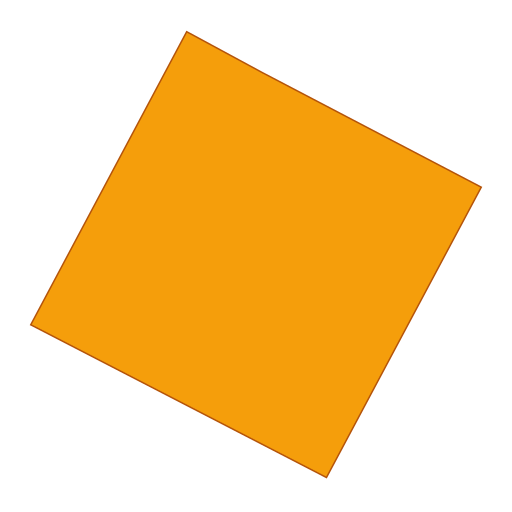 Lynn, Texas, United States of America, rotated 208°
{"feature_id": "52423323B96500488872097", "entity_name": "Lynn", "entity_type": "district", "adm_level": 2, "iso_a3": "USA", "parent_name": "United States of America", "parent_adm1": "Texas", "projection": "robinson", "projection_center": [-101.839, 33.177], "detail": "fine", "context": "isolated", "style": "filled", "palette": "amber", "viewbox_px": 512, "rotation_deg": 208, "n_neighbors": 0, "source": "geoboundaries", "source_scale": "gbopen_adm2", "svg_char_len": 237}
<svg xmlns="http://www.w3.org/2000/svg" viewBox="0 0 512 512"><g transform="rotate(208 256 256)"><path d="M89.8,93.5L89.4,422.5L336.6,420.9L422.5,421.5L422.6,89.5L89.8,93.5Z" fill="#f59e0b" stroke="#b45309" stroke-width="1.5"/></g></svg>